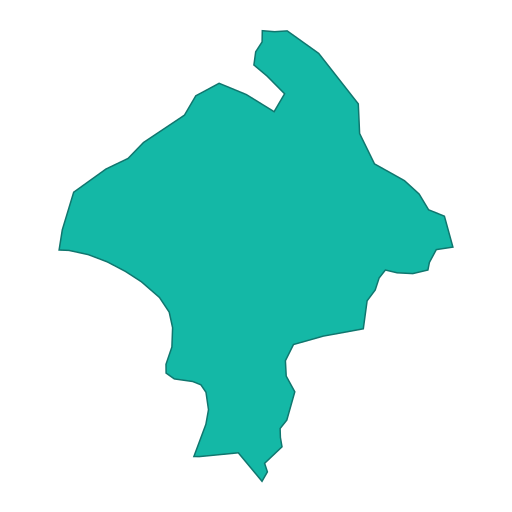 outline of Ngozi, rotated 270°
{"feature_id": "BDI-2642", "entity_name": "Ngozi", "entity_type": "Province", "adm_level": 1, "iso_a3": "BDI", "parent_name": "Burundi", "parent_adm1": "", "projection": "robinson", "projection_center": [29.883, -2.862], "detail": "fine", "context": "isolated", "style": "filled", "palette": "teal", "viewbox_px": 512, "rotation_deg": 270, "n_neighbors": 0, "source": "natural_earth", "source_scale": "10m", "svg_char_len": 1018}
<svg xmlns="http://www.w3.org/2000/svg" viewBox="0 0 512 512"><g transform="rotate(270 256 256)"><path d="M184.3,172.6L199.9,169.2L214.5,159.5L230.3,141.3L240.6,125.4L250.1,107.3L257.4,88.2L261.6,68.9L262.0,59.1L282.2,62.3L319.8,73.7L343.0,106.0L353.6,128.1L369.5,143.5L396.9,184.5L416.2,195.8L428.7,219.1L417.4,246.4L400.3,274.1L418.2,284.6L436.0,267.0L447.0,253.9L460.2,255.7L470.1,262.1L481.3,262.3L480.3,274.6L481.1,287.2L458.6,318.7L408.1,358.3L378.5,359.6L348.1,374.5L331.3,404.5L318.0,419.1L302.2,428.6L295.8,444.4L264.9,452.9L262.4,436.3L249.6,429.4L242.0,427.9L238.4,412.8L239.2,397.1L242.0,385.4L234.0,379.1L222.0,375.2L211.2,367.1L183.2,363.3L175.9,323.3L167.5,293.5L151.3,285.4L135.9,286.2L120.2,294.8L91.9,286.8L83.5,280.1L74.5,280.4L65.2,282.0L48.7,264.6L40.1,267.4L30.7,262.0L59.2,238.3L55.4,199.3L55.5,194.0L55.5,193.9L87.7,205.9L102.3,208.5L119.7,206.0L127.2,200.9L130.5,192.7L133.1,174.3L138.9,166.1L147.7,166.0L165.0,171.9L184.3,172.6Z" fill="#14b8a6" stroke="#0f766e" stroke-width="1.5"/></g></svg>